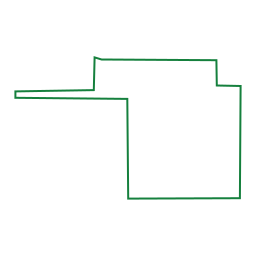 outline of Tom Green, Texas, United States of America
{"feature_id": "52423323B87640997786605", "entity_name": "Tom Green", "entity_type": "district", "adm_level": 2, "iso_a3": "USA", "parent_name": "United States of America", "parent_adm1": "Texas", "projection": "mercator", "projection_center": [-100.612, 31.396], "detail": "fine", "context": "isolated", "style": "outline", "palette": "green", "viewbox_px": 256, "rotation_deg": 0, "n_neighbors": 0, "source": "geoboundaries", "source_scale": "gbopen_adm2", "svg_char_len": 269}
<svg xmlns="http://www.w3.org/2000/svg" viewBox="0 0 256 256"><path d="M240.6,86.0L216.8,85.5L216.4,60.2L101.6,59.5L94.6,57.4L93.8,90.1L15.4,91.4L15.4,97.8L127.3,98.9L128.2,198.6L129.5,198.6L239.9,198.2L240.6,86.0Z" fill="none" stroke="#15803d" stroke-width="2"/></svg>